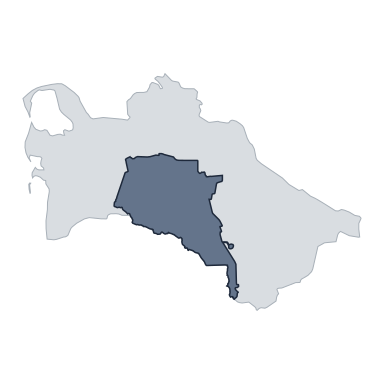 Ahal on a map of Turkmenistan (orthographic projection)
{"feature_id": "TKM-352", "entity_name": "Ahal", "entity_type": "Province", "adm_level": 1, "iso_a3": "TKM", "parent_name": "Turkmenistan", "parent_adm1": "", "projection": "orthographic", "projection_center": [59.653, 37.88], "detail": "fine", "context": "in_parent", "style": "filled", "palette": "slate", "viewbox_px": 384, "rotation_deg": 0, "n_neighbors": 0, "source": "natural_earth", "source_scale": "10m", "svg_char_len": 9356}
<svg xmlns="http://www.w3.org/2000/svg" viewBox="0 0 384 384"><path d="M103.2,117.5L121.9,119.2L127.6,120.1L130.0,117.5L129.9,116.8L129.1,116.2L127.7,114.3L126.9,101.6L128.5,99.8L130.4,98.6L133.2,94.7L134.7,93.5L136.8,92.5L143.9,92.4L146.9,91.7L149.5,87.2L150.1,84.6L152.0,82.5L153.1,82.6L157.8,84.4L158.8,85.4L160.4,88.7L162.2,88.5L162.5,88.0L162.3,87.3L160.9,85.2L158.0,81.4L155.1,79.0L154.9,78.2L157.4,76.4L162.4,77.2L163.7,76.6L165.0,73.7L171.6,80.5L172.8,81.1L178.1,82.1L179.0,83.0L180.7,86.9L182.5,88.0L184.8,88.7L194.2,88.8L197.1,91.4L197.6,92.1L197.1,93.9L196.9,97.4L196.1,98.9L196.6,99.5L200.0,100.9L202.0,103.2L202.2,104.1L201.6,104.8L200.0,104.5L199.3,105.5L199.3,107.4L200.4,109.1L200.8,110.7L199.2,114.4L199.1,115.9L199.7,116.7L208.3,122.2L209.7,122.4L218.0,121.3L219.5,121.9L226.8,123.0L228.8,122.8L230.2,121.0L231.5,120.3L232.7,120.2L236.2,121.2L239.9,123.6L242.4,125.7L243.7,127.6L247.3,138.4L249.6,142.7L252.3,145.0L254.3,149.1L256.1,158.3L257.2,160.2L261.3,163.7L282.4,178.0L289.0,184.5L298.9,190.5L302.4,189.6L310.4,196.1L315.3,198.4L321.8,202.2L335.5,210.8L338.3,211.0L341.4,209.5L344.2,210.1L349.3,212.1L354.8,215.4L359.4,216.3L360.8,217.8L361.0,218.6L358.8,223.4L358.8,229.2L359.7,237.0L358.4,237.2L349.3,235.7L340.5,231.4L338.6,233.1L337.7,234.8L336.0,241.7L324.5,242.8L317.9,246.5L312.8,268.8L311.6,271.6L307.9,275.4L301.4,279.2L300.4,280.7L300.3,282.0L299.5,282.5L295.7,282.6L281.8,288.0L278.7,288.2L277.5,288.6L276.9,289.5L278.6,293.8L277.4,295.1L276.6,297.3L276.0,301.1L266.8,307.4L264.9,308.2L261.1,307.7L259.2,308.4L257.2,310.3L256.3,309.8L255.8,307.9L254.7,306.7L248.8,302.1L242.1,303.0L239.5,302.6L237.5,301.9L234.4,299.2L232.4,296.6L230.3,296.9L229.7,295.7L229.6,294.3L230.1,292.5L229.9,289.2L228.7,286.9L227.4,285.8L228.8,282.0L228.7,279.1L227.8,276.1L227.3,271.6L227.5,267.2L226.2,265.1L206.7,265.4L199.7,255.3L196.8,252.9L187.2,248.6L184.5,246.3L182.3,243.7L181.8,240.3L180.7,238.2L179.2,237.9L171.7,233.8L168.7,232.7L164.6,233.7L162.2,232.5L159.3,234.0L158.1,234.1L155.0,233.1L151.3,229.4L148.2,227.9L141.5,225.4L136.9,224.6L132.8,223.1L132.4,222.5L132.4,219.4L131.8,218.1L130.7,216.6L129.1,215.4L122.0,215.3L118.8,214.0L116.3,213.7L110.6,213.8L108.8,214.6L107.7,215.5L106.9,218.5L106.3,218.9L100.9,218.8L89.3,217.6L84.4,218.9L76.7,223.2L72.2,226.9L70.8,228.5L67.9,235.3L66.7,236.2L65.2,236.9L63.7,237.0L56.7,239.3L53.9,239.8L47.1,239.1L46.1,228.8L46.0,220.7L47.4,209.6L47.5,202.4L49.3,191.6L49.1,188.9L45.9,183.9L45.7,180.5L43.6,180.2L40.3,177.2L37.1,175.9L35.4,175.7L33.8,176.4L32.6,177.9L32.0,175.3L32.2,172.7L35.3,167.4L36.8,169.1L38.8,169.9L43.9,169.9L43.6,168.0L41.1,165.9L40.7,163.4L41.1,160.8L41.9,158.4L41.2,157.4L40.1,156.7L37.3,156.6L30.2,155.1L29.1,157.9L30.9,161.9L27.9,157.3L26.0,152.8L25.0,147.5L25.2,141.9L28.6,133.2L31.6,122.4L34.0,127.2L35.9,129.3L40.2,131.0L42.3,130.8L44.7,129.7L46.9,130.3L50.1,135.3L52.6,135.9L57.8,134.4L60.3,134.2L62.4,135.1L64.6,135.3L63.8,133.0L63.5,130.8L64.9,129.7L68.9,131.2L72.2,130.1L72.8,129.5L73.2,127.7L73.0,123.9L72.3,122.3L70.6,120.0L63.7,114.3L61.4,112.0L59.6,109.2L57.0,98.1L55.0,91.0L54.1,90.1L50.0,89.3L42.0,90.5L39.3,89.9L37.9,90.5L34.5,93.2L32.8,95.6L30.3,101.2L31.7,103.1L29.7,112.7L30.2,116.9L29.9,117.2L27.9,111.8L25.1,106.5L23.0,98.5L28.1,93.8L32.4,90.4L36.9,88.0L41.5,86.5L51.7,84.4L57.4,83.7L61.8,83.8L65.2,85.7L74.2,92.5L78.1,96.3L79.1,97.8L80.1,101.2L86.4,112.5L88.0,114.1L90.5,117.7L93.0,118.9L103.2,117.5ZM30.4,192.3L30.1,193.7L29.1,189.2L28.8,184.3L29.7,183.0L30.7,183.2L29.6,184.8L30.4,192.3Z" fill="#d9dde1" stroke="#a8b0b8" stroke-width="1"/><path d="M232.9,297.6L232.6,297.3L232.8,296.9L232.6,296.7L232.4,296.6L232.2,296.6L230.8,296.8L230.5,297.0L229.9,296.0L229.5,295.3L229.4,294.5L229.5,294.3L229.9,294.0L229.9,293.7L229.9,293.2L230.1,292.3L230.1,292.0L229.9,291.7L230.1,291.0L230.0,290.5L229.9,290.1L229.8,288.9L229.6,288.4L229.4,287.9L229.1,287.4L228.7,287.0L228.3,286.6L227.8,286.3L227.1,286.2L226.8,286.0L227.1,285.7L227.6,285.2L227.9,284.9L227.9,284.6L227.8,284.0L227.9,283.6L228.0,283.5L228.3,283.4L228.5,283.2L228.6,282.9L228.6,282.3L228.7,282.0L228.8,281.8L229.1,281.4L229.1,281.2L229.0,280.1L228.6,278.2L228.2,277.6L228.1,277.3L228.1,276.6L228.0,276.2L227.9,275.9L227.8,275.7L227.7,275.5L227.5,275.4L227.2,275.3L227.3,275.1L227.4,274.8L227.0,274.0L227.1,272.4L227.6,269.9L227.5,269.4L227.4,269.1L227.5,268.7L227.8,268.2L227.9,267.8L227.9,267.5L227.9,267.1L227.6,266.3L227.4,265.2L226.3,265.1L225.1,264.9L206.7,265.5L205.9,265.0L205.4,264.1L204.6,262.2L204.1,261.3L201.4,258.1L200.3,256.3L199.3,254.3L198.6,253.4L197.6,253.0L195.6,252.6L194.7,252.1L193.0,250.7L189.4,249.5L189.2,249.5L188.9,249.6L188.6,250.1L188.5,250.3L188.2,250.3L187.9,250.0L187.7,249.5L187.6,248.9L187.4,248.4L187.0,248.0L186.7,247.9L185.9,248.2L185.7,248.2L185.4,248.1L185.1,247.8L184.7,247.7L184.7,247.0L184.8,246.8L184.9,246.7L184.7,246.4L184.3,245.9L182.7,244.6L182.4,244.2L181.9,242.0L181.9,241.4L182.0,241.0L182.2,240.4L182.1,240.2L182.0,239.8L182.1,239.1L182.0,238.7L181.5,238.1L181.0,237.6L180.4,237.4L179.0,238.1L178.5,238.0L175.2,235.6L174.4,234.8L174.1,234.6L173.4,234.5L173.1,234.4L172.7,234.1L171.8,233.7L169.8,233.2L168.4,232.4L168.2,232.6L168.2,233.1L167.8,233.5L167.6,233.6L167.3,233.6L166.8,233.5L166.5,233.5L166.3,233.6L166.2,233.8L165.4,234.0L164.8,233.9L163.8,233.4L162.5,232.3L162.1,232.1L161.7,232.1L161.3,232.4L161.0,232.8L160.7,233.4L160.4,233.9L160.0,234.1L157.7,234.3L157.4,234.2L156.7,233.7L156.4,233.5L154.5,233.2L154.1,233.1L153.7,232.7L153.6,232.3L153.6,231.9L153.5,231.3L153.4,231.1L153.0,230.4L153.0,230.1L153.1,229.9L153.1,229.7L152.9,229.5L152.5,229.3L152.1,229.2L151.3,229.1L149.6,228.7L145.8,226.7L145.0,226.5L143.7,226.6L143.4,226.5L143.2,226.3L143.0,225.8L142.8,225.6L142.6,225.5L142.2,225.6L141.7,225.4L141.4,225.1L141.1,224.9L140.7,224.9L140.3,225.0L139.1,225.0L137.9,224.6L137.5,224.5L137.1,224.6L136.7,224.7L136.3,224.7L132.8,223.2L132.2,222.4L132.7,220.8L132.8,220.2L132.7,219.7L132.2,218.9L131.9,218.0L131.1,217.1L130.8,216.7L130.4,215.6L129.9,214.6L129.8,214.3L129.8,214.1L129.7,213.9L129.5,213.7L128.9,213.5L128.7,213.5L128.4,213.5L128.0,213.7L127.7,213.9L125.7,211.8L123.4,210.1L123.0,209.7L122.5,208.9L122.4,208.6L122.2,207.6L122.0,207.4L121.8,207.3L121.5,207.4L120.7,207.6L120.3,207.7L119.6,207.3L119.3,207.3L118.8,207.3L117.6,207.6L117.3,207.6L116.9,207.5L115.5,206.8L115.1,206.6L114.6,206.6L114.4,206.4L114.2,206.2L114.1,205.5L114.4,202.6L114.5,202.3L114.6,202.1L114.8,201.9L115.4,201.6L115.6,201.5L115.7,201.3L115.7,201.0L115.6,200.3L115.7,200.1L115.8,199.8L116.6,198.4L116.7,198.2L116.7,197.7L116.9,197.0L125.0,173.1L125.2,172.7L125.3,172.6L125.9,172.3L127.5,171.7L127.8,171.5L127.9,171.3L128.1,171.1L128.0,170.8L126.3,163.0L126.0,161.1L125.9,160.9L125.7,160.3L125.6,159.8L125.6,159.6L125.6,159.3L125.8,159.1L127.1,158.2L130.0,156.8L130.1,157.2L130.3,157.4L130.4,157.5L131.3,157.7L131.6,157.9L132.0,158.4L132.1,158.5L132.4,158.7L132.7,158.7L134.2,158.6L134.3,158.5L134.5,158.4L135.4,157.5L136.0,157.2L137.5,156.6L147.2,157.0L150.0,156.7L155.8,155.1L158.4,155.4L158.9,155.3L159.0,155.2L159.0,154.2L159.0,153.9L159.1,153.7L159.3,153.6L159.5,153.6L161.4,153.6L163.0,154.0L164.0,154.5L173.5,157.0L174.7,158.6L175.0,158.9L176.4,159.9L178.2,160.3L184.2,160.4L197.3,160.4L197.6,160.5L197.8,161.0L197.8,171.0L197.9,171.4L198.1,171.7L199.5,173.3L199.8,173.4L200.3,173.3L200.8,173.0L201.1,172.8L201.4,172.4L201.6,172.2L201.8,172.2L202.1,172.2L202.8,172.4L203.1,172.4L203.4,172.4L204.0,172.0L204.4,172.1L204.7,172.5L204.9,172.8L205.0,173.1L205.1,174.2L205.3,175.0L205.6,175.4L205.9,175.6L206.1,175.9L206.2,176.0L206.3,176.6L207.2,176.8L210.3,176.3L211.3,176.4L222.4,175.4L222.4,180.3L222.1,180.8L221.9,181.4L220.3,181.8L217.2,182.8L216.5,183.8L215.0,192.4L214.9,192.9L214.7,193.4L214.2,193.7L212.7,193.9L212.3,194.1L212.1,194.5L212.0,195.0L211.5,198.2L211.4,198.7L211.2,199.2L210.8,199.4L210.4,199.4L209.1,199.3L212.2,212.0L212.7,213.4L219.0,219.7L220.0,221.2L222.0,225.1L222.2,225.8L222.0,226.1L221.5,226.3L220.5,226.4L220.1,226.5L219.9,226.7L220.0,227.1L221.3,230.6L221.5,231.5L221.2,231.9L220.8,232.1L220.3,232.1L220.1,233.0L220.1,234.7L222.0,241.7L222.2,241.9L222.6,242.0L223.4,241.9L223.9,242.0L224.4,241.9L226.6,242.0L227.0,242.0L227.3,242.2L227.4,242.3L227.7,242.6L229.0,244.9L229.7,244.5L230.5,244.2L231.4,244.1L232.4,244.4L232.9,244.5L233.1,244.8L233.2,245.0L233.4,245.3L233.4,245.6L233.4,246.0L233.3,246.6L233.1,247.1L232.9,247.5L232.6,248.0L231.8,248.5L231.2,248.7L230.9,248.8L230.5,248.8L230.1,248.8L229.8,248.7L229.3,248.5L229.1,248.3L228.8,247.9L228.7,247.7L228.7,246.2L228.5,245.5L228.2,244.8L227.6,243.7L227.2,243.2L226.8,242.7L226.4,242.6L225.3,242.4L224.9,242.4L224.4,242.5L223.3,242.6L223.1,242.6L222.9,242.7L223.0,242.9L228.6,251.8L234.6,261.4L235.9,264.2L236.4,282.7L236.6,284.3L236.9,284.4L237.2,284.6L238.3,284.6L238.5,284.9L238.6,286.4L238.5,286.6L238.1,286.9L237.9,287.0L237.5,287.3L237.3,287.5L237.0,287.6L236.2,287.6L235.7,287.7L235.5,287.8L235.3,288.0L235.2,288.3L235.2,288.6L235.2,288.8L235.6,289.6L235.8,289.8L236.1,290.3L236.5,290.6L237.5,291.7L237.9,291.9L238.2,292.2L238.2,292.3L237.6,292.9L237.4,293.2L237.3,293.3L237.3,293.5L237.1,295.8L237.0,296.3L236.9,296.6L236.2,297.5L235.1,298.3L234.9,298.5L234.6,298.9L234.3,299.2L234.2,299.1L233.9,299.1L233.7,298.9L233.3,298.5L233.3,298.4L233.4,298.1L233.4,297.9L233.0,297.6L232.9,297.6Z" fill="#64748b" stroke="#1e293b" stroke-width="1.5"/></svg>